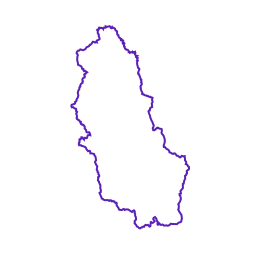 outline of Mueang Mae Hong Son, Mae Hong Son, Thailand, rotated 348°
{"feature_id": "78962969B54063413445494", "entity_name": "Mueang Mae Hong Son", "entity_type": "district", "adm_level": 2, "iso_a3": "THA", "parent_name": "Thailand", "parent_adm1": "Mae Hong Son", "projection": "equal_earth", "projection_center": [98.008, 19.287], "detail": "fine", "context": "isolated", "style": "outline", "palette": "violet", "viewbox_px": 256, "rotation_deg": 348, "n_neighbors": 0, "source": "geoboundaries", "source_scale": "gbopen_adm2", "svg_char_len": 5789}
<svg xmlns="http://www.w3.org/2000/svg" viewBox="0 0 256 256"><g transform="rotate(348 128 128)"><path d="M177.6,167.3L176.1,167.2L174.7,166.4L173.2,167.6L172.6,167.5L171.0,165.6L169.9,165.2L169.0,163.1L168.4,162.5L167.7,162.4L167.0,162.8L165.7,162.2L164.9,161.2L163.5,160.4L163.5,158.9L162.9,157.7L161.1,156.2L160.0,154.1L159.1,154.0L159.1,153.6L159.5,152.0L160.1,151.2L161.2,149.0L161.6,146.3L161.1,142.7L159.9,140.5L159.8,139.6L160.0,138.9L160.5,138.2L160.7,136.1L160.0,135.6L158.8,135.3L157.2,133.8L156.5,133.8L156.1,134.4L155.0,134.5L154.6,135.1L153.2,135.7L152.2,135.3L152.3,134.5L152.1,133.3L153.1,132.2L153.8,130.6L153.3,129.2L153.2,127.5L152.6,125.7L152.0,122.3L152.1,120.4L151.6,118.3L151.5,115.9L152.6,115.0L153.0,115.2L153.6,113.6L154.1,112.9L156.0,112.5L156.4,108.8L157.3,108.0L157.6,106.8L157.3,105.6L158.3,103.6L157.6,103.0L156.7,102.8L156.4,102.1L155.3,102.0L154.4,101.0L153.4,100.8L153.1,100.2L151.4,99.6L150.7,99.0L150.3,98.3L149.7,98.3L148.8,97.6L149.4,96.4L148.8,94.5L148.6,91.9L148.9,91.5L148.7,90.2L149.9,88.6L150.4,88.4L150.7,87.2L150.3,86.1L150.8,85.8L150.7,84.3L151.1,83.8L150.6,83.2L150.7,82.6L150.5,82.2L150.4,80.6L150.1,79.7L150.2,78.7L149.7,78.0L149.7,77.3L149.3,77.3L149.2,76.9L149.5,75.8L151.4,72.7L151.3,72.2L150.4,71.3L150.2,67.7L150.6,65.3L151.1,64.7L150.9,64.1L151.6,64.0L151.3,62.4L151.8,62.0L152.0,61.5L151.3,61.3L150.8,60.4L151.3,59.6L151.9,59.4L151.2,59.0L150.8,59.8L150.6,59.8L150.7,58.8L150.2,57.4L150.7,56.2L150.3,56.1L150.5,55.4L149.9,55.7L149.7,54.9L148.8,55.1L148.5,54.6L148.2,55.2L147.2,54.5L146.3,54.8L145.9,54.4L145.4,54.7L145.2,53.9L144.7,53.9L145.0,53.4L144.5,53.0L144.4,52.2L144.0,51.5L142.8,51.1L142.3,50.3L142.1,50.4L141.6,49.7L141.2,47.6L141.5,47.5L141.1,46.8L141.3,46.0L141.0,45.3L141.9,44.9L142.1,44.4L141.8,44.0L140.5,43.8L140.6,43.2L141.2,42.9L141.5,41.6L141.3,41.3L140.6,41.5L140.4,40.6L139.4,40.6L139.8,39.5L139.2,39.4L138.9,38.3L138.0,37.5L137.8,36.6L137.9,35.2L137.0,34.4L137.1,32.4L137.4,31.3L136.1,29.8L135.8,27.9L134.2,26.7L133.8,26.8L133.5,26.0L132.7,27.0L132.2,26.8L131.8,26.3L131.7,25.2L131.1,24.6L128.3,24.7L127.4,24.0L127.3,24.9L127.0,25.2L126.3,24.8L125.6,25.1L125.1,24.9L124.4,26.0L124.2,25.2L122.7,24.5L122.3,24.7L121.9,24.3L121.1,24.3L120.7,23.8L120.3,24.1L120.2,25.1L119.8,25.6L118.8,25.3L118.1,25.7L118.7,26.9L118.1,29.0L118.9,30.6L118.4,32.0L118.8,34.0L118.7,35.1L117.8,35.6L115.6,36.0L115.2,36.7L115.3,37.7L114.4,37.2L113.6,37.6L112.9,37.2L112.6,36.7L111.5,36.3L109.6,38.2L108.3,38.9L107.9,38.7L106.6,40.0L104.4,40.3L102.5,42.1L100.1,42.5L97.7,41.2L96.4,42.1L95.2,42.0L93.8,42.9L93.3,44.3L93.9,45.3L94.1,46.4L93.2,47.9L92.4,51.1L92.5,54.2L92.3,55.8L94.5,57.4L95.3,58.4L95.4,60.5L96.6,60.9L96.7,61.7L96.4,62.4L96.9,63.3L97.9,63.2L99.6,65.0L97.9,65.8L97.7,66.2L97.1,66.1L96.3,66.5L96.2,67.3L96.6,68.5L96.0,69.6L94.9,69.7L94.1,70.1L93.7,70.6L93.3,71.5L93.5,72.1L93.5,73.1L93.0,73.4L93.0,74.3L91.3,75.0L90.1,76.5L90.0,77.5L89.3,77.8L89.2,78.3L88.8,78.5L88.4,80.1L87.6,80.6L86.5,82.3L86.2,83.2L86.2,85.9L85.1,87.9L83.6,89.3L83.6,90.0L83.3,90.6L82.7,91.2L81.6,91.5L81.5,92.6L81.0,93.2L77.7,93.6L77.1,95.1L77.5,96.2L78.6,96.2L80.1,98.0L81.1,98.3L81.2,99.2L80.7,100.5L81.6,101.7L80.3,103.1L80.6,105.4L80.3,106.9L79.8,107.4L79.9,108.5L80.8,109.2L81.0,109.9L81.7,110.5L82.0,110.5L82.2,111.4L83.2,112.2L83.0,112.9L82.6,113.0L82.8,114.2L83.5,114.4L83.8,115.3L85.1,115.6L85.2,116.4L85.9,117.3L85.9,118.1L85.5,119.5L86.5,121.1L86.6,123.4L87.8,124.1L89.0,124.0L89.5,124.9L89.4,125.5L89.7,126.3L89.6,127.2L88.9,126.7L87.1,126.8L85.8,129.2L85.0,129.3L83.9,128.6L83.0,129.1L82.6,130.1L82.2,129.3L81.7,128.9L81.6,127.8L80.5,127.4L80.3,128.2L79.4,129.1L79.0,128.8L78.1,129.1L77.8,131.6L77.1,131.9L77.1,132.6L76.7,133.0L76.5,133.7L76.6,134.7L78.4,135.0L78.7,135.7L80.6,136.6L82.3,137.9L82.8,138.8L82.9,140.0L84.1,142.4L85.6,142.3L86.1,142.8L85.9,145.0L86.8,145.1L89.3,146.3L89.5,146.5L89.4,147.5L90.2,149.2L90.1,152.9L88.8,154.1L88.6,155.0L89.1,156.3L89.1,157.2L90.0,159.0L88.7,162.3L89.3,163.3L89.0,164.6L89.7,165.4L89.4,167.2L89.8,167.7L90.0,168.8L89.7,169.5L88.5,169.9L88.4,171.3L87.7,172.7L87.8,173.3L88.5,174.6L88.4,175.4L88.8,177.3L89.1,177.8L88.9,178.4L89.0,179.3L88.3,180.9L88.6,183.0L88.2,183.9L88.2,184.9L86.6,185.6L87.6,190.1L87.6,191.5L88.6,192.1L88.9,192.8L90.4,193.8L93.3,194.3L94.4,195.4L95.0,194.9L96.2,195.1L96.6,196.3L98.1,196.2L98.4,196.9L99.4,197.0L100.0,198.6L101.2,198.7L101.4,199.2L100.7,201.1L102.2,204.6L102.2,205.7L102.4,206.1L104.9,207.0L105.9,206.5L107.1,206.3L107.7,207.5L109.3,207.2L111.3,207.8L114.4,211.0L115.9,209.9L116.7,209.8L117.3,211.0L116.7,212.3L117.2,213.1L116.7,215.4L117.1,216.4L117.0,218.8L116.7,219.4L115.3,220.2L115.0,220.9L115.1,221.7L114.6,222.7L115.7,224.3L116.2,226.2L116.9,226.5L117.9,228.0L118.8,228.7L120.0,228.2L121.0,228.2L121.5,227.6L123.2,228.0L123.8,227.0L125.2,226.4L126.2,227.1L127.4,226.9L128.5,228.9L129.0,228.9L129.6,228.5L129.8,227.3L130.3,226.4L130.7,224.8L131.1,224.8L132.1,225.9L132.7,225.9L134.6,224.9L134.6,224.4L133.7,222.4L134.3,221.3L135.9,220.7L136.8,222.5L137.1,225.5L137.6,226.0L136.8,228.3L137.0,228.8L138.2,228.8L138.8,227.9L139.6,229.2L140.2,229.7L141.8,229.6L143.0,231.0L145.3,231.2L146.7,231.9L148.6,231.5L149.9,230.5L151.0,231.0L155.9,232.2L157.8,231.1L159.8,231.0L160.6,230.6L161.4,228.6L161.9,227.9L162.2,224.0L160.5,219.9L160.5,219.1L160.1,218.2L160.8,217.4L161.3,215.8L161.6,213.9L161.3,213.0L163.7,210.6L165.0,208.3L165.1,205.5L164.5,204.5L164.7,203.2L166.2,203.1L166.2,200.6L169.2,198.2L170.0,194.1L170.9,194.0L171.8,191.7L173.5,189.2L173.8,186.7L175.1,186.1L175.4,185.2L176.2,184.8L176.5,183.5L176.3,182.8L176.5,182.4L177.6,181.5L178.5,181.4L179.2,180.7L179.5,178.6L178.8,178.1L178.4,176.4L177.0,175.3L177.7,174.3L177.8,173.7L177.7,172.8L177.0,171.4L177.5,169.6L177.3,168.5L177.6,167.3Z" fill="none" stroke="#5b21b6" stroke-width="2"/></g></svg>